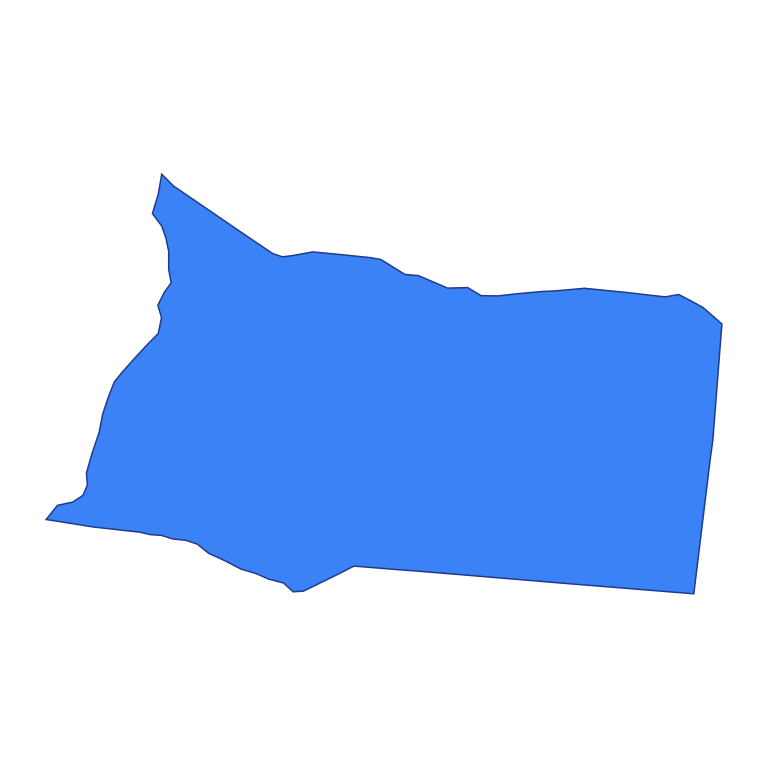 outline of Horizonte, Ceará, Brazil
{"feature_id": "56859067B1428570185316", "entity_name": "Horizonte", "entity_type": "district", "adm_level": 2, "iso_a3": "BRA", "parent_name": "Brazil", "parent_adm1": "Ceará", "projection": "natural_earth1", "projection_center": [-38.493, -4.093], "detail": "fine", "context": "isolated", "style": "filled", "palette": "blue", "viewbox_px": 768, "rotation_deg": 0, "n_neighbors": 0, "source": "geoboundaries", "source_scale": "gbopen_adm2", "svg_char_len": 1059}
<svg xmlns="http://www.w3.org/2000/svg" viewBox="0 0 768 768"><path d="M161.7,174.2L158.3,194.0L152.4,213.6L161.7,226.0L165.9,238.0L168.7,251.2L168.7,269.5L171.2,282.7L164.2,292.5L157.9,305.2L161.5,317.7L158.3,333.5L147.4,344.5L133.9,359.0L123.1,371.2L114.4,381.7L108.5,396.6L102.6,414.4L99.3,431.8L91.7,454.5L86.4,473.1L87.4,485.0L83.0,495.3L72.7,502.1L57.5,505.3L46.1,519.5L94.0,527.1L140.0,532.2L150.1,534.6L161.5,535.4L172.9,539.0L186.0,540.3L197.4,544.2L208.8,553.4L224.0,560.3L241.0,569.1L255.8,573.5L268.7,579.1L283.5,583.0L293.2,591.8L303.5,591.1L338.1,574.2L353.9,566.1L399.7,569.8L416.2,571.0L574.8,584.2L693.8,593.8L710.5,456.9L712.8,440.6L721.9,324.0L703.1,307.6L691.7,301.3L678.7,294.5L665.2,296.9L650.0,295.2L626.8,292.5L584.6,288.3L556.3,290.8L542.1,291.5L528.9,292.7L514.7,294.0L498.5,295.9L481.2,295.7L467.7,287.6L447.6,288.1L418.3,275.6L404.8,274.4L380.9,259.5L370.2,257.6L355.4,256.1L338.7,254.4L312.8,251.9L292.5,255.6L282.4,256.8L272.7,253.6L239.6,231.2L173.5,186.0L161.7,174.2Z" fill="#3b82f6" stroke="#1e3a8a" stroke-width="1.5"/></svg>